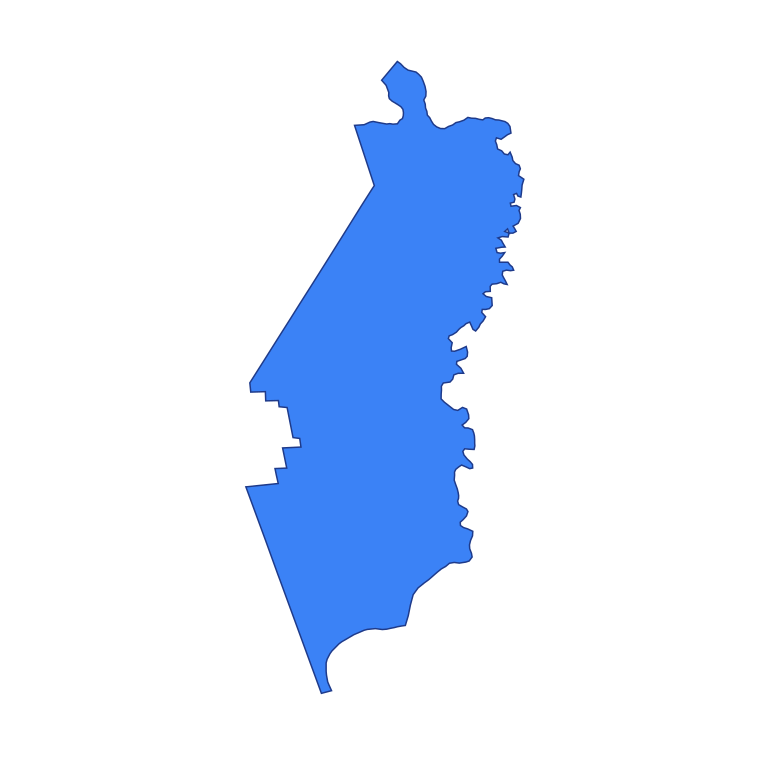 outline of São Miguel do Guamá, Pará, Brazil, rotated 285°
{"feature_id": "56859067B56862876029302", "entity_name": "São Miguel do Guamá", "entity_type": "district", "adm_level": 2, "iso_a3": "BRA", "parent_name": "Brazil", "parent_adm1": "Pará", "projection": "robinson", "projection_center": [-47.543, -1.552], "detail": "fine", "context": "isolated", "style": "filled", "palette": "blue", "viewbox_px": 768, "rotation_deg": 285, "n_neighbors": 0, "source": "geoboundaries", "source_scale": "gbopen_adm2", "svg_char_len": 3933}
<svg xmlns="http://www.w3.org/2000/svg" viewBox="0 0 768 768"><g transform="rotate(285 384 384)"><path d="M573.1,323.3L569.9,322.2L549.9,315.9L520.0,306.8L508.9,303.4L487.1,296.7L462.6,289.1L439.7,281.9L422.8,276.7L405.3,271.2L376.6,262.3L350.4,254.1L341.7,257.4L345.9,271.4L337.1,274.1L340.7,286.3L334.9,288.6L336.2,296.5L308.7,310.0L309.6,316.7L301.6,320.1L296.0,302.6L277.6,311.8L274.1,300.6L268.1,303.6L260.5,307.6L248.9,277.2L202.1,310.2L172.4,330.9L167.5,334.4L69.0,403.6L74.2,412.7L79.1,408.7L81.7,406.7L87.9,403.8L91.4,402.5L99.6,400.3L103.5,400.3L109.5,401.6L112.7,402.8L121.3,407.7L124.1,409.9L134.1,419.8L140.9,428.4L142.6,431.3L145.5,439.0L146.4,445.9L147.9,450.1L149.7,453.5L151.4,457.0L153.0,459.8L154.8,463.6L156.3,467.1L166.5,467.4L177.4,466.7L188.1,466.7L195.9,469.7L202.2,474.3L206.4,477.7L211.0,480.8L215.8,484.0L220.2,487.2L223.9,490.9L227.8,493.6L229.8,498.0L230.5,503.1L233.2,509.2L235.1,512.1L239.7,513.9L243.1,512.3L247.1,509.4L250.7,508.2L255.3,508.1L260.2,508.8L264.7,507.9L265.7,502.3L265.9,498.0L267.1,494.5L270.2,493.4L273.6,495.6L277.9,497.8L282.5,498.1L284.6,496.0L285.6,491.7L286.8,487.3L290.0,485.4L292.8,485.6L295.5,485.0L298.2,483.8L301.7,481.9L305.7,479.1L309.3,476.7L314.2,475.8L317.2,474.9L320.1,475.4L323.2,477.6L325.8,479.9L325.1,484.8L324.4,488.7L325.8,491.4L329.2,490.3L331.3,487.3L333.1,483.8L336.1,479.6L339.3,477.6L342.3,478.7L343.1,483.4L344.1,488.0L347.7,487.8L350.3,486.9L353.6,486.0L357.2,484.8L359.9,483.4L362.8,481.3L363.3,476.7L362.5,473.2L364.6,470.1L368.1,472.9L372.5,474.9L376.1,473.7L381.2,470.3L381.7,465.9L377.6,462.1L377.4,457.9L382.0,447.1L384.4,443.0L389.2,441.8L393.0,441.1L396.7,440.0L400.3,441.0L403.0,447.3L406.5,449.1L410.9,449.1L413.5,452.8L415.0,458.1L419.1,454.2L421.8,448.9L424.7,448.5L429.6,455.8L432.3,457.2L436.4,456.5L441.5,453.7L437.2,448.6L433.9,443.7L433.3,440.7L436.3,439.5L441.5,439.2L444.5,434.4L447.4,434.5L449.4,437.4L452.8,440.5L456.2,442.2L458.5,443.7L460.9,446.0L463.5,447.6L466.0,450.8L462.7,453.5L459.8,455.8L458.9,458.8L463.4,460.9L466.9,461.5L470.5,463.4L475.3,464.7L478.4,459.9L481.5,459.6L482.3,462.8L484.1,466.3L487.8,468.2L491.6,466.9L495.2,465.7L495.0,460.1L496.8,456.3L499.4,458.1L501.0,462.7L505.8,461.3L508.4,462.5L510.1,467.0L512.5,470.5L511.8,473.9L512.0,477.2L514.9,474.7L517.7,472.0L519.9,470.0L523.6,469.5L525.7,472.8L526.2,476.9L527.5,479.8L530.3,477.6L531.6,474.9L533.7,472.2L532.6,468.1L531.5,464.1L534.5,463.2L538.0,465.1L542.2,466.6L540.5,462.7L540.2,459.2L544.0,456.9L546.6,462.3L547.7,465.6L551.1,462.1L553.3,460.1L554.6,456.2L557.0,460.0L558.1,465.8L562.1,465.8L563.1,469.5L565.6,472.2L567.9,470.0L569.9,467.8L574.0,472.0L579.2,473.0L583.2,471.7L586.6,469.5L589.7,470.1L590.7,465.7L588.6,460.7L591.4,459.2L593.3,462.6L596.5,462.6L600.5,460.1L602.4,462.7L600.2,464.7L600.0,467.8L603.9,467.3L607.1,466.8L611.9,465.9L618.0,466.1L620.1,460.0L624.1,459.6L627.2,460.0L630.3,457.9L630.9,454.0L633.2,450.6L636.3,449.1L640.6,445.8L637.5,444.4L637.3,440.7L639.7,437.3L640.4,432.9L644.3,431.0L647.5,428.7L650.9,428.9L650.7,433.8L653.7,436.3L656.8,438.8L659.2,441.7L665.4,439.0L667.8,436.1L668.8,432.9L668.7,426.6L668.0,423.2L668.4,419.8L668.3,416.1L667.1,412.9L664.7,411.1L664.3,407.3L664.3,403.7L663.4,399.8L663.2,396.0L659.5,392.9L656.8,389.0L655.1,385.8L651.9,383.2L649.5,379.7L646.4,376.6L645.4,372.5L646.0,368.3L647.6,364.6L650.3,361.7L653.1,359.2L654.9,356.3L658.5,354.8L661.3,352.7L665.0,351.4L668.7,348.9L672.9,349.9L677.4,348.9L682.1,346.6L686.6,343.5L690.1,340.7L692.2,337.2L693.6,334.2L693.4,326.0L695.0,321.4L697.6,317.1L699.0,313.4L676.8,303.1L673.0,308.8L666.8,313.2L663.5,313.9L661.0,315.3L659.3,318.6L657.3,325.5L656.2,328.6L654.2,331.2L651.0,332.6L648.0,333.2L645.1,333.1L643.0,331.1L638.8,329.6L637.3,325.4L637.0,322.2L635.8,319.3L635.1,310.9L634.8,305.6L633.4,302.7L629.3,297.7L626.2,288.6L573.1,323.3ZM562.1,465.8L562.6,461.1L565.8,463.2L562.1,465.8Z" fill="#3b82f6" stroke="#1e3a8a" stroke-width="1.5"/></g></svg>